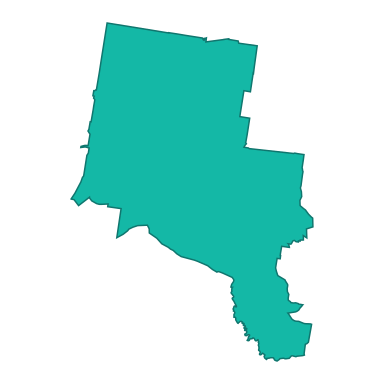 Ballarat, Victoria, Australia (Mercator projection)
{"feature_id": "25037944B10145309156113", "entity_name": "Ballarat", "entity_type": "district", "adm_level": 2, "iso_a3": "AUS", "parent_name": "Australia", "parent_adm1": "Victoria", "projection": "mercator", "projection_center": [143.86, -37.519], "detail": "fine", "context": "isolated", "style": "filled", "palette": "teal", "viewbox_px": 384, "rotation_deg": 0, "n_neighbors": 0, "source": "geoboundaries", "source_scale": "gbopen_adm2", "svg_char_len": 5874}
<svg xmlns="http://www.w3.org/2000/svg" viewBox="0 0 384 384"><path d="M304.0,154.6L297.8,153.7L294.7,153.1L293.8,153.4L293.7,153.5L249.1,148.6L248.5,148.0L244.0,147.2L244.4,146.4L244.8,145.6L245.7,144.4L246.4,143.8L245.6,142.5L245.8,142.2L247.1,135.0L249.7,118.2L239.8,116.6L243.9,90.7L250.4,91.8L253.2,73.0L253.5,73.3L254.2,67.6L257.2,45.8L238.7,43.2L238.2,41.0L228.6,39.4L228.7,38.8L224.0,39.4L224.0,39.5L205.9,41.9L206.4,37.9L205.6,38.2L204.1,38.4L203.8,38.5L203.6,38.7L203.5,38.9L203.6,39.2L203.8,39.3L204.3,39.3L204.5,39.4L204.6,39.6L204.5,39.8L204.1,40.2L204.0,40.3L203.5,40.0L203.3,39.8L202.9,39.1L202.5,38.1L202.4,38.0L185.7,35.4L177.4,34.0L168.8,32.7L168.8,33.0L107.1,23.0L101.2,60.3L99.3,72.7L96.4,89.8L96.1,89.7L94.4,90.8L93.8,90.7L92.9,95.8L94.2,96.2L93.6,98.1L94.8,99.6L94.5,101.7L93.7,106.1L93.2,109.6L91.1,121.8L90.2,121.7L88.9,129.3L88.0,131.0L90.0,134.2L88.1,145.6L86.3,145.4L85.0,145.4L84.0,145.6L81.0,146.4L80.8,147.5L84.7,147.0L85.3,147.0L86.0,147.1L89.1,148.0L88.3,153.2L86.9,155.3L83.9,174.5L83.5,176.3L82.5,177.3L80.9,181.9L74.9,193.3L71.1,199.0L71.3,199.1L74.0,199.6L78.6,205.6L89.5,197.2L89.6,198.1L91.8,200.9L96.6,203.6L99.2,204.3L101.8,204.3L108.1,204.0L107.7,206.7L121.1,208.6L116.8,237.7L123.1,234.3L127.6,230.8L128.9,229.1L132.9,227.2L137.7,225.6L147.4,225.2L149.2,228.8L149.3,233.0L156.8,238.2L161.8,243.8L168.3,247.3L170.5,249.1L173.2,250.4L176.8,253.8L181.2,256.6L194.3,260.1L197.3,261.2L207.7,265.7L212.5,269.5L216.9,272.1L217.3,271.8L218.8,271.6L222.5,273.0L232.2,277.4L233.6,279.4L233.9,280.4L233.4,281.8L233.0,282.4L231.7,284.3L230.9,287.0L232.0,287.2L231.8,287.3L231.6,287.5L231.9,287.9L232.0,288.3L231.8,289.1L231.8,289.5L231.7,289.9L231.9,291.3L231.8,291.5L231.2,292.3L231.1,292.8L231.5,293.7L231.7,293.9L232.1,294.1L232.4,294.3L232.5,294.8L233.0,295.5L233.4,295.8L233.6,296.3L233.7,296.7L233.4,297.5L232.7,297.8L232.4,298.0L232.2,298.3L232.4,299.0L232.6,299.4L233.2,300.2L233.5,300.7L234.1,301.4L234.1,301.7L234.5,302.3L234.7,303.0L235.3,304.0L235.7,304.8L236.3,305.8L236.5,306.4L236.4,306.8L235.9,306.9L235.6,306.7L235.2,306.3L234.8,306.1L234.5,306.0L234.2,306.2L234.0,306.5L233.5,308.2L233.1,308.9L233.2,309.3L233.4,309.8L233.8,310.2L233.8,310.6L233.5,311.0L234.1,311.4L234.5,311.8L234.7,312.2L234.8,312.6L234.7,313.2L234.6,313.4L234.3,313.8L234.2,314.2L233.9,314.8L233.9,315.2L234.2,316.1L234.1,316.5L233.8,317.0L234.0,317.3L234.9,317.3L235.2,317.3L235.5,317.6L235.8,318.3L235.7,319.3L235.8,320.0L236.7,321.6L236.8,321.8L237.3,322.6L237.8,323.2L238.1,323.3L238.4,322.8L238.7,322.6L239.7,321.9L239.9,321.5L240.1,321.4L241.1,321.3L241.7,321.6L242.1,321.9L242.3,322.0L242.2,322.3L242.0,322.9L242.1,323.2L242.3,323.3L242.7,323.4L243.0,323.3L243.5,323.2L243.8,323.4L244.0,323.6L244.1,324.1L243.4,324.7L243.3,324.8L243.3,325.2L243.5,325.5L245.1,325.8L245.2,326.0L245.3,326.2L245.3,326.5L245.2,326.8L244.2,327.5L244.0,327.9L244.0,328.1L244.4,328.5L245.0,328.3L246.0,328.2L246.3,328.3L246.7,328.5L246.8,328.7L246.8,328.9L246.7,329.1L246.3,329.4L246.1,329.6L245.3,329.4L245.1,329.5L244.7,330.0L244.7,330.4L244.9,330.5L245.8,330.6L246.4,330.7L246.6,330.9L246.8,331.7L246.8,332.2L246.5,332.7L246.0,333.7L245.5,333.9L245.1,333.9L244.9,334.1L244.8,334.5L245.0,335.0L245.2,335.5L246.3,335.7L247.1,335.4L247.5,335.0L248.2,334.7L249.0,334.7L249.5,334.9L249.6,335.4L249.5,335.7L248.6,336.7L248.4,337.2L248.3,337.9L248.2,338.5L247.7,339.5L247.4,339.9L247.2,340.4L247.7,340.6L248.7,340.7L249.1,340.4L249.4,340.2L249.7,339.5L249.9,339.0L250.2,338.9L251.0,338.7L251.6,338.8L252.2,338.7L252.6,338.1L253.1,338.0L253.7,338.1L254.0,338.4L254.6,339.2L255.0,340.1L255.3,340.5L255.7,340.8L256.2,340.8L256.7,340.7L256.9,340.6L257.5,339.8L257.8,339.7L258.0,339.7L258.1,339.8L258.1,340.6L258.6,341.4L258.6,341.8L258.3,342.5L258.8,343.2L258.8,343.8L258.3,345.1L259.0,347.1L258.9,347.7L259.0,348.3L258.6,350.0L258.7,350.4L259.1,350.7L259.4,350.8L259.8,351.2L260.0,351.7L260.2,352.4L260.2,352.8L259.6,353.7L259.5,354.1L259.6,354.5L259.8,354.7L260.2,354.8L260.6,354.8L261.0,354.7L261.6,354.2L261.9,353.9L262.3,353.3L262.5,353.2L262.8,353.3L264.8,354.8L264.8,355.5L264.1,356.2L264.4,357.2L264.6,357.8L264.7,358.0L265.5,358.6L266.3,359.4L266.5,359.5L266.7,359.4L266.8,358.4L269.4,358.1L270.3,357.8L270.8,357.7L273.4,357.8L273.5,357.9L274.6,360.0L276.2,360.8L276.8,360.9L277.1,361.0L279.0,359.7L279.4,359.4L279.9,358.7L280.1,358.6L283.5,358.2L283.9,358.3L284.8,358.7L285.8,358.8L289.2,358.3L289.7,357.8L291.0,356.3L291.4,356.0L291.8,355.8L292.4,355.8L295.9,356.7L296.2,356.6L297.0,356.2L302.8,355.6L304.4,355.1L304.1,353.7L305.3,344.5L305.3,344.3L305.4,344.2L306.8,343.7L308.4,342.2L311.6,324.3L310.7,324.0L310.3,323.9L305.5,323.7L304.6,323.6L303.5,323.3L298.9,321.4L298.2,321.3L296.1,321.2L295.2,321.0L294.1,320.6L292.4,319.5L291.7,318.8L288.5,313.8L287.9,313.1L295.5,311.9L296.8,311.4L298.7,310.1L300.2,307.8L300.5,307.5L301.3,306.7L301.6,306.4L302.4,305.2L302.8,304.8L301.3,304.5L298.6,304.1L298.3,303.6L295.7,302.8L293.4,303.0L290.8,302.6L290.6,302.0L290.3,301.6L289.2,300.9L288.3,300.1L288.2,299.1L288.2,298.0L288.8,294.4L287.4,291.7L287.2,288.5L287.6,286.3L287.7,285.5L287.7,284.9L287.5,284.3L285.4,280.9L285.0,279.9L277.8,275.6L276.4,271.3L275.6,267.9L277.1,258.4L280.2,258.8L280.6,255.6L280.2,255.5L280.5,253.2L281.7,246.3L289.4,247.4L289.4,247.2L288.7,244.5L288.5,244.0L288.3,243.8L290.7,244.1L291.1,244.0L291.4,243.7L292.7,241.2L293.0,240.9L293.3,240.7L294.4,240.4L296.0,241.7L298.4,242.0L298.5,240.9L300.1,241.1L300.2,240.1L303.4,240.0L303.4,238.6L303.3,235.6L306.8,237.9L306.5,228.9L312.9,226.9L312.7,218.6L312.6,218.0L311.5,217.2L308.6,214.3L306.1,210.9L305.5,210.0L303.6,208.6L301.6,206.9L300.7,206.2L300.1,205.5L299.9,200.4L301.7,196.6L301.4,191.7L300.5,188.5L300.5,187.9L300.5,187.3L301.0,185.9L302.5,174.5L303.0,171.7L302.8,170.9L302.5,170.5L302.5,169.2L302.1,167.8L303.3,160.0L304.0,154.6Z" fill="#14b8a6" stroke="#0f766e" stroke-width="1.5"/></svg>